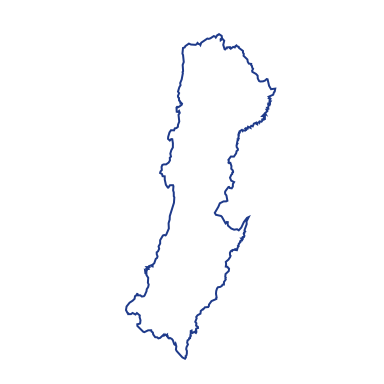 Miandrivazo, Menabe, Madagascar, rotated 24°
{"feature_id": "10022922B2580716977723", "entity_name": "Miandrivazo", "entity_type": "district", "adm_level": 2, "iso_a3": "MDG", "parent_name": "Madagascar", "parent_adm1": "Menabe", "projection": "natural_earth1", "projection_center": [45.43, -19.207], "detail": "fine", "context": "isolated", "style": "outline", "palette": "blue", "viewbox_px": 384, "rotation_deg": 24, "n_neighbors": 0, "source": "geoboundaries", "source_scale": "gbopen_adm2", "svg_char_len": 6039}
<svg xmlns="http://www.w3.org/2000/svg" viewBox="0 0 384 384"><g transform="rotate(24 192 192)"><path d="M254.3,227.6L254.6,226.7L255.8,226.2L256.0,227.1L256.7,226.9L256.3,223.8L256.6,222.7L255.9,222.4L256.2,221.1L255.8,220.3L256.6,218.1L256.0,217.5L256.2,216.7L257.3,216.1L257.4,215.0L256.1,214.4L257.1,213.9L256.6,213.4L256.6,212.6L257.0,212.3L257.3,212.8L257.8,212.0L257.7,210.7L256.2,209.1L256.5,208.4L256.0,207.8L256.7,206.5L255.5,205.6L255.0,199.1L253.8,196.7L254.0,191.8L252.8,193.2L251.6,198.4L251.5,204.4L250.3,208.0L248.3,207.7L245.8,209.3L242.7,209.4L238.6,208.1L237.4,206.5L237.0,205.0L236.0,205.2L235.4,207.0L229.4,202.5L228.2,202.1L223.1,203.1L221.3,201.8L222.1,194.8L222.0,191.0L224.6,187.8L227.1,186.6L227.9,185.6L224.8,181.1L223.1,180.2L222.2,178.6L222.2,177.3L223.3,172.6L223.8,172.3L224.9,173.0L226.8,172.5L227.1,170.5L226.1,168.0L226.4,165.8L223.2,165.7L220.9,163.5L220.9,160.2L221.4,159.3L220.9,157.9L221.5,157.3L221.3,156.7L220.5,155.7L218.4,154.8L217.5,152.3L215.2,149.8L214.1,150.6L213.4,150.4L213.1,148.7L212.2,147.9L213.1,143.8L215.9,142.6L216.6,138.7L216.1,136.6L216.8,135.1L216.5,134.1L214.5,132.7L213.7,131.2L213.8,129.5L213.4,129.6L212.7,126.8L213.0,125.9L212.2,125.2L213.0,124.2L212.2,123.4L211.8,121.4L211.2,121.1L211.3,119.8L211.0,120.0L210.8,118.7L211.3,117.9L210.8,117.3L212.3,115.0L213.4,115.6L213.4,114.9L215.6,114.3L216.2,112.9L214.9,112.3L215.3,111.7L216.3,112.3L216.3,111.7L217.1,111.4L216.7,109.6L219.2,109.6L218.8,109.1L219.2,107.4L220.8,107.3L220.7,104.4L222.4,102.6L222.9,103.5L224.0,103.6L223.7,102.9L224.0,102.1L224.8,100.8L225.3,101.1L225.1,100.0L226.9,99.5L227.2,98.1L226.7,97.3L227.7,96.9L227.3,96.4L227.6,95.4L228.2,96.2L228.9,95.7L227.8,93.2L227.3,94.2L226.2,93.7L225.4,94.0L226.1,92.1L226.9,92.5L226.7,90.8L227.5,90.9L226.7,90.3L227.9,87.5L227.0,86.8L227.6,86.7L227.4,85.6L226.7,84.9L227.4,84.8L227.6,85.3L227.9,84.9L226.8,84.0L227.2,83.6L226.9,82.2L226.1,81.2L227.1,81.0L226.2,80.0L227.0,79.8L226.6,79.4L227.1,79.1L226.7,78.3L226.9,77.2L225.9,77.5L225.5,76.3L225.8,75.1L224.5,75.1L224.9,74.5L223.3,73.8L226.6,70.1L226.3,67.6L226.7,66.7L226.0,63.7L222.4,65.9L219.3,63.7L215.2,58.3L214.3,58.4L213.3,60.6L211.9,62.0L209.4,63.3L208.1,63.3L205.9,61.5L204.6,59.0L202.4,58.1L198.3,57.7L197.6,56.8L197.7,54.6L196.5,54.0L195.4,52.4L194.6,52.2L194.0,50.9L191.7,51.6L189.9,50.3L188.7,48.4L183.7,46.6L183.1,44.7L181.9,44.0L181.2,42.4L176.4,41.3L175.6,40.4L174.1,40.6L173.0,40.0L172.3,41.2L172.3,42.5L170.6,42.7L169.2,45.2L168.3,44.4L167.9,45.0L167.3,44.5L165.6,45.4L164.9,45.9L165.3,46.7L164.3,47.5L164.2,48.3L163.7,48.3L160.7,44.9L159.9,40.7L157.6,39.7L156.5,41.7L156.0,40.8L156.7,39.0L155.6,37.3L152.5,36.8L152.2,37.7L151.4,38.1L150.9,41.2L149.8,40.6L148.5,40.7L146.3,44.1L145.0,45.3L143.6,45.6L139.7,51.9L139.9,54.4L138.9,53.8L137.9,54.1L136.4,53.6L136.2,55.0L135.4,56.1L131.1,57.7L128.8,57.7L126.6,61.4L126.5,62.9L125.2,64.1L127.0,69.5L128.1,70.5L131.6,76.6L131.8,79.7L134.7,85.2L134.6,86.3L135.3,87.1L136.8,93.4L136.9,97.3L138.1,99.1L137.8,101.5L138.4,106.0L140.0,106.9L140.1,110.0L141.0,111.2L141.9,111.4L143.0,113.7L143.9,113.8L145.1,115.3L145.3,114.7L147.0,115.4L147.1,116.6L145.5,119.4L144.4,120.7L144.2,120.1L143.7,120.3L143.5,121.2L145.4,124.9L146.6,124.6L147.2,123.2L148.6,124.7L148.3,127.0L151.7,132.8L151.9,136.4L152.6,138.2L151.8,139.9L150.4,140.9L150.5,143.0L147.7,144.1L147.2,146.7L147.8,151.3L148.5,153.2L150.8,154.0L151.5,152.1L152.5,151.8L154.7,155.2L156.4,159.1L156.1,162.3L156.6,165.8L158.4,168.2L157.8,169.8L159.0,172.1L158.7,174.6L157.1,177.3L154.8,178.4L153.9,179.4L154.0,181.5L155.5,184.2L154.9,186.0L155.1,187.6L157.3,187.8L158.7,189.5L160.7,188.8L162.1,191.8L165.2,196.0L168.1,197.8L168.6,197.6L169.1,194.8L171.9,193.5L172.7,194.3L174.1,198.2L175.5,199.8L177.1,203.3L178.0,204.0L179.9,209.2L181.5,223.0L182.8,226.2L183.3,230.0L185.7,234.8L185.8,241.4L185.5,242.4L184.1,242.6L183.1,243.6L182.5,249.0L183.9,252.1L183.6,255.3L185.1,257.2L185.1,259.9L184.3,261.5L185.1,263.2L186.7,264.8L186.9,266.4L186.1,267.9L186.5,272.4L185.6,274.4L186.3,276.0L185.7,276.1L184.8,275.3L183.0,277.1L183.6,277.8L182.2,278.5L183.3,278.7L183.4,279.3L181.9,279.5L183.2,280.2L181.7,280.9L182.6,281.8L182.7,283.1L181.0,282.7L182.5,285.2L183.1,285.3L182.7,284.3L183.1,284.1L184.2,286.4L186.9,288.2L188.6,292.8L190.1,294.2L190.6,296.6L190.2,299.3L190.8,301.1L190.8,305.8L190.4,306.8L188.7,307.9L186.8,307.4L184.7,308.4L183.7,307.3L183.3,307.4L183.0,309.5L182.3,310.4L183.0,312.9L182.0,315.4L180.0,318.5L178.8,323.2L179.7,326.7L182.2,328.7L183.0,328.7L183.4,329.5L185.9,328.4L186.9,326.7L190.2,326.9L190.9,325.0L194.5,326.0L195.0,327.6L197.1,330.1L198.0,332.9L197.9,333.5L195.8,335.1L196.6,336.6L204.3,339.5L205.5,339.4L208.2,336.2L211.0,334.9L211.7,335.9L213.4,336.3L214.5,337.9L217.4,339.6L219.5,338.9L220.8,339.4L222.2,338.3L224.2,333.7L224.9,334.5L225.9,333.0L226.9,333.4L227.3,332.6L227.8,333.8L228.5,333.6L229.0,334.7L230.6,335.1L231.1,334.3L233.2,334.4L234.8,335.2L237.8,338.4L238.5,338.5L238.6,337.1L239.2,337.7L239.1,338.3L240.4,339.2L241.4,342.5L242.8,343.6L250.5,347.0L253.4,347.2L253.7,345.6L252.9,344.6L253.4,343.7L253.0,341.7L252.0,339.3L250.6,337.9L250.1,335.9L250.3,332.9L248.9,331.7L248.3,329.4L249.1,328.0L248.9,326.7L249.7,326.3L249.2,324.8L249.5,323.9L248.7,323.4L248.6,322.3L247.4,319.5L248.0,318.8L248.8,320.2L249.7,320.6L251.0,318.9L252.9,319.2L253.0,318.3L252.5,317.2L251.8,317.0L251.4,315.1L252.8,313.8L252.2,312.8L250.1,312.4L249.4,310.1L247.8,309.3L247.6,305.4L246.7,304.5L247.2,302.3L249.2,299.7L248.4,297.1L249.6,294.6L250.0,294.6L250.7,292.1L253.6,290.5L253.8,289.4L253.3,287.9L254.2,283.7L257.7,279.9L257.2,279.1L257.5,278.5L255.3,275.2L254.4,272.6L254.1,269.9L254.5,268.4L256.3,267.3L257.4,265.8L257.6,264.2L258.8,263.6L257.8,261.2L258.4,258.2L257.7,257.5L257.7,256.5L256.9,256.0L256.0,253.3L257.7,249.3L257.1,247.1L256.3,246.6L255.2,246.5L254.8,245.9L253.2,246.4L252.5,244.0L251.3,242.1L252.8,238.9L253.3,235.9L253.2,234.6L252.4,234.2L251.4,232.2L251.5,230.4L252.2,229.2L252.7,229.4L252.9,228.3L254.3,227.6Z" fill="none" stroke="#1e3a8a" stroke-width="2"/></g></svg>